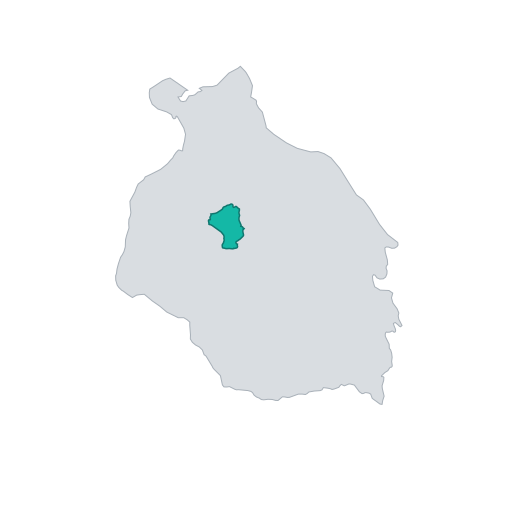 location of Covasna within Romania, rotated 227°
{"feature_id": "ROU-306", "entity_name": "Covasna", "entity_type": "County", "adm_level": 1, "iso_a3": "ROU", "parent_name": "Romania", "parent_adm1": "", "projection": "equal_earth", "projection_center": [25.978, 45.929], "detail": "fine", "context": "in_parent", "style": "filled", "palette": "teal", "viewbox_px": 512, "rotation_deg": 227, "n_neighbors": 0, "source": "natural_earth", "source_scale": "10m", "svg_char_len": 5008}
<svg xmlns="http://www.w3.org/2000/svg" viewBox="0 0 512 512"><g transform="rotate(227 256 256)"><path d="M388.7,282.0L393.1,287.5L398.7,290.4L411.5,293.5L412.6,293.2L412.7,292.6L411.8,291.8L411.7,290.8L412.3,289.5L414.0,289.4L417.0,290.6L422.4,288.9L430.4,284.5L437.8,283.6L444.6,286.2L448.2,289.3L450.5,292.2L449.8,295.7L449.4,298.0L447.9,307.2L446.7,310.6L444.8,314.5L423.8,319.1L425.1,316.9L424.5,313.0L423.6,310.1L425.5,307.4L420.8,306.5L418.7,307.9L417.2,310.4L418.7,316.3L416.4,319.5L415.6,321.3L415.5,325.6L414.2,327.4L414.0,329.4L417.3,328.9L415.9,332.6L409.6,339.7L407.5,344.0L408.3,360.8L405.6,370.9L405.4,373.9L398.6,374.0L396.6,373.8L390.2,372.3L383.0,369.6L378.8,364.4L376.0,360.6L370.0,362.3L368.8,361.9L367.1,360.1L362.6,358.9L356.9,358.8L344.2,352.0L342.8,350.9L332.8,352.0L318.0,355.4L306.6,359.6L294.8,367.0L290.1,372.6L284.5,375.6L276.6,377.8L262.6,377.0L247.9,374.1L232.2,371.1L223.7,372.8L212.2,371.5L194.9,367.9L182.0,366.8L169.2,368.9L167.1,367.3L166.7,365.4L167.2,362.8L169.0,360.6L172.2,359.0L173.8,357.4L174.0,355.7L170.6,353.1L163.6,349.4L160.7,347.1L160.0,346.5L159.8,344.5L158.4,342.8L155.7,341.7L153.6,339.5L152.2,336.4L152.5,333.5L154.7,330.8L157.5,329.6L160.8,330.0L162.2,329.2L161.7,327.3L158.5,324.8L152.6,321.8L146.4,323.5L140.1,329.7L135.6,330.7L133.0,326.5L128.1,324.0L121.2,323.2L116.9,321.6L115.3,319.2L112.3,317.3L105.6,315.4L105.6,313.5L106.7,313.0L109.1,312.9L112.3,312.5L112.8,311.4L112.9,310.4L110.4,309.2L107.9,308.3L106.5,307.5L105.7,306.6L105.6,305.6L106.3,304.9L107.4,304.9L108.4,304.3L109.0,302.1L110.5,300.2L111.5,299.5L111.4,298.2L110.4,296.9L109.1,295.8L107.0,295.1L100.7,293.2L97.5,290.5L95.5,290.4L92.4,288.9L89.1,286.5L86.3,283.2L83.2,281.1L82.4,280.2L82.3,279.3L83.0,278.4L83.0,277.4L82.2,274.2L82.9,270.7L82.8,267.5L82.8,266.0L82.2,265.6L81.7,266.1L80.9,266.7L80.1,266.8L77.9,264.5L75.1,259.7L73.1,258.1L69.3,255.9L66.1,254.1L63.9,250.1L61.5,247.0L63.2,245.7L72.6,243.9L76.8,245.7L78.8,245.0L80.7,243.6L81.8,242.5L82.0,241.2L83.0,239.7L86.2,239.0L94.5,239.9L97.9,237.8L99.1,236.6L100.0,234.1L100.9,232.0L103.9,230.9L103.9,229.1L103.5,227.0L105.4,222.5L106.5,220.6L108.2,219.9L110.2,218.5L113.8,215.5L113.1,213.0L113.8,211.1L117.6,206.4L120.5,201.9L120.5,199.7L121.0,197.7L123.5,195.6L126.1,192.8L129.8,184.1L131.0,182.6L133.3,180.9L135.0,179.3L135.3,173.6L136.9,171.9L139.9,170.1L143.0,167.1L145.5,163.6L147.4,162.0L149.8,161.5L152.5,160.2L155.5,159.7L158.4,160.3L160.3,160.0L163.1,158.3L170.3,151.9L171.3,150.6L172.8,149.7L178.6,147.5L180.1,145.3L182.1,143.3L184.6,143.5L192.8,148.4L201.8,148.1L203.4,148.2L203.9,148.3L205.0,148.7L216.8,151.2L218.6,150.9L219.1,150.7L223.9,152.7L228.1,152.5L232.1,151.1L236.3,150.6L240.1,151.4L243.0,154.3L250.5,160.3L252.8,162.5L256.2,162.2L260.1,161.1L264.0,157.0L275.9,152.5L285.0,151.4L293.9,149.5L304.2,148.2L307.1,144.5L308.8,142.0L309.9,137.3L315.4,135.9L320.7,135.0L322.5,134.4L326.4,134.2L329.3,134.6L333.9,136.9L337.2,139.8L338.4,142.1L341.2,145.4L344.1,150.0L347.4,156.1L348.1,159.2L349.3,162.5L351.8,166.6L356.3,171.1L357.0,171.9L359.1,175.1L363.1,182.2L366.5,185.0L369.5,188.1L370.9,191.2L373.0,194.0L377.9,197.7L382.0,201.1L385.3,210.9L387.6,215.4L389.0,218.9L388.4,225.9L389.4,228.9L387.6,234.4L384.4,245.4L383.8,254.2L384.4,259.0L384.5,262.0L385.3,264.0L386.2,268.0L386.4,271.5L385.3,272.5L383.6,273.3L383.0,274.1L384.5,275.7L386.6,278.6L388.7,282.0Z" fill="#d9dde1" stroke="#a8b0b8" stroke-width="1"/><path d="M317.5,251.6L314.9,255.4L314.2,257.1L314.1,257.9L313.6,260.6L313.2,263.2L313.6,264.3L313.8,264.8L313.9,265.4L313.8,266.0L313.1,267.5L312.9,268.2L312.9,268.8L312.7,269.5L312.3,270.2L311.7,271.1L311.4,271.8L311.1,273.1L310.7,273.5L310.0,273.9L309.3,273.9L308.8,273.7L308.1,273.0L307.7,272.8L307.2,272.7L306.8,272.8L306.5,273.4L306.3,273.9L306.1,274.9L305.9,275.2L305.4,275.4L303.3,275.5L301.7,275.9L300.8,275.1L299.6,273.3L298.8,272.7L298.0,272.2L297.2,271.9L296.8,271.6L296.2,270.5L295.5,269.5L294.3,268.4L293.3,267.8L289.4,266.4L288.7,266.1L288.1,265.2L287.8,265.6L287.2,265.7L286.6,265.9L286.0,265.9L285.4,265.6L285.1,265.8L284.8,265.9L284.1,266.0L284.0,264.2L282.7,262.9L279.8,261.2L279.4,260.5L279.3,259.7L279.2,256.2L279.3,255.0L279.6,254.3L279.6,253.9L279.5,253.4L280.0,251.6L279.8,250.7L279.3,250.3L278.5,250.1L277.7,250.2L277.3,250.5L276.8,249.8L275.4,248.9L275.1,248.3L275.0,247.9L275.2,247.1L276.3,245.3L276.4,245.1L276.9,244.8L276.8,244.3L277.0,244.0L278.5,242.6L279.3,242.0L279.9,241.4L281.4,239.5L282.1,238.9L283.5,238.1L283.9,237.7L284.4,237.3L284.9,237.2L285.6,237.6L286.7,238.4L287.1,238.8L287.4,239.3L287.5,239.8L287.6,240.3L287.7,240.8L288.7,242.6L289.0,243.1L289.2,243.5L290.9,244.6L291.2,245.1L291.6,245.6L292.3,246.1L293.4,246.6L297.3,246.9L307.9,244.8L309.6,244.3L310.9,243.3L311.3,243.2L311.6,243.4L312.1,244.0L312.5,244.2L314.0,245.1L314.4,245.5L314.6,246.0L314.5,246.3L313.9,246.9L313.8,247.3L314.1,247.8L314.9,248.1L315.3,248.4L315.7,248.8L315.9,249.3L316.3,250.4L316.5,250.9L316.8,251.3L317.5,251.6Z" fill="#14b8a6" stroke="#0f766e" stroke-width="1.5"/></g></svg>